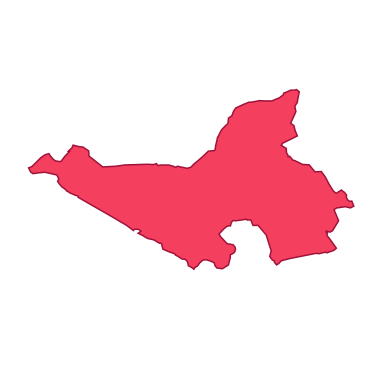 outline of Mayo-Belwa, Adamawa, Nigeria, rotated 81°
{"feature_id": "59680162B66628176907248", "entity_name": "Mayo-Belwa", "entity_type": "district", "adm_level": 2, "iso_a3": "NGA", "parent_name": "Nigeria", "parent_adm1": "Adamawa", "projection": "equal_earth", "projection_center": [11.944, 8.94], "detail": "fine", "context": "isolated", "style": "filled", "palette": "rose", "viewbox_px": 384, "rotation_deg": 81, "n_neighbors": 0, "source": "geoboundaries", "source_scale": "gbopen_adm2", "svg_char_len": 3297}
<svg xmlns="http://www.w3.org/2000/svg" viewBox="0 0 384 384"><g transform="rotate(81 192 192)"><path d="M131.7,327.4L132.3,331.5L134.5,336.0L141.8,346.1L142.6,349.6L147.1,348.2L149.0,346.2L149.1,339.9L149.5,334.2L151.0,330.4L152.8,325.9L154.1,322.8L158.5,321.5L160.4,323.1L163.0,321.9L166.6,319.7L168.3,317.9L170.6,315.9L171.7,315.4L172.3,314.3L174.1,312.4L175.1,310.6L176.8,308.1L178.1,305.3L179.5,305.2L180.4,304.1L188.0,294.7L206.1,272.2L206.3,271.9L209.6,268.1L212.5,264.5L214.3,262.3L217.6,259.0L220.9,255.9L220.1,255.0L219.8,253.5L220.6,250.5L222.7,248.6L223.5,250.0L224.3,251.7L227.0,247.9L230.9,243.2L233.3,237.2L237.2,232.6L238.1,230.2L243.9,229.7L247.2,224.5L250.4,218.7L251.9,218.0L253.4,215.8L256.6,212.5L257.4,209.4L259.4,207.7L261.8,207.2L264.2,207.2L266.7,203.9L268.6,202.2L267.0,201.0L266.0,198.3L263.2,195.4L260.9,191.8L261.3,188.2L263.4,184.0L265.3,181.3L268.9,180.6L271.0,179.2L272.0,175.7L272.6,174.3L271.7,171.9L269.7,167.4L265.7,165.7L263.1,164.5L260.0,164.0L259.2,161.2L258.0,159.3L255.5,158.0L253.1,158.1L250.4,159.8L248.6,165.3L240.9,170.6L237.7,171.9L232.9,165.6L231.3,162.5L231.2,160.7L231.5,159.3L229.3,158.4L229.1,158.4L228.1,157.7L226.7,156.3L227.0,154.2L227.2,153.8L227.3,152.9L227.3,149.6L227.4,145.5L227.4,143.1L227.4,142.3L228.2,142.1L228.9,138.2L234.6,137.0L235.3,131.8L235.7,131.7L246.1,125.4L259.2,123.5L262.6,123.0L267.8,125.3L271.6,123.4L273.0,121.6L274.5,121.4L277.2,119.9L276.3,117.6L273.9,114.6L273.1,106.5L273.0,105.5L272.0,79.2L272.8,76.2L272.3,69.6L273.2,68.4L271.8,61.0L270.1,58.2L268.3,59.1L259.9,63.3L255.9,65.6L253.8,64.7L252.6,65.9L251.5,65.4L252.2,64.5L253.2,61.9L252.3,59.3L247.5,55.2L243.3,51.7L231.7,54.5L230.4,51.8L230.5,42.9L232.5,38.0L231.3,34.4L229.9,34.7L225.9,35.6L226.1,37.4L224.1,39.5L221.5,40.4L219.1,39.8L217.3,41.0L216.1,41.5L215.4,42.4L213.4,44.1L215.9,49.9L213.0,52.3L205.7,55.4L205.1,55.6L197.7,58.1L192.0,61.1L191.3,67.4L183.5,72.0L182.1,78.4L176.9,85.8L176.3,87.5L175.7,87.8L175.0,88.2L174.3,88.6L173.2,89.2L172.6,89.7L172.4,90.0L172.0,90.0L172.2,91.5L170.6,91.5L168.1,92.5L163.7,92.1L159.8,96.6L158.0,94.8L153.1,79.2L147.6,80.5L144.3,80.8L142.4,80.9L139.6,83.8L136.3,81.7L132.7,79.3L128.8,76.8L123.4,77.0L120.1,74.1L116.1,72.7L109.8,70.4L107.2,72.7L107.4,75.4L106.8,78.4L108.1,83.1L108.6,85.8L110.5,86.9L112.6,91.0L113.3,93.8L114.6,99.2L114.1,101.4L113.7,104.4L113.3,106.4L112.8,108.8L112.3,111.0L112.4,113.9L112.5,116.8L112.6,119.0L112.2,121.9L112.8,124.0L113.4,126.9L114.0,129.0L114.6,131.2L115.2,133.3L115.8,135.5L117.0,136.8L118.6,138.2L120.8,139.5L123.0,140.8L124.7,144.4L125.0,144.4L126.9,145.0L129.0,145.5L130.1,145.9L131.9,148.7L134.8,152.6L136.4,154.0L137.7,155.0L140.5,156.9L142.3,158.4L142.6,158.5L143.3,158.7L144.9,159.3L150.0,161.4L150.9,161.7L152.8,162.2L154.6,163.2L154.2,169.4L158.5,175.6L161.8,180.9L164.8,186.0L167.2,188.9L167.9,192.9L166.6,196.3L164.3,202.3L165.1,204.5L163.9,205.9L163.5,206.8L162.2,209.6L161.7,210.7L160.4,219.2L160.7,221.3L158.4,222.7L158.9,225.6L157.6,231.8L156.3,242.1L154.8,253.9L154.6,263.5L153.3,276.2L140.4,288.1L135.3,287.6L130.6,292.6L129.2,297.3L127.1,302.1L129.8,303.8L131.5,306.6L132.5,307.9L132.9,306.7L134.2,308.5L136.8,311.9L141.1,316.4L141.2,316.8L141.4,317.3L139.9,322.1L137.7,324.1L134.7,326.0L131.7,327.4Z" fill="#f43f5e" stroke="#9f1239" stroke-width="1.5"/></g></svg>